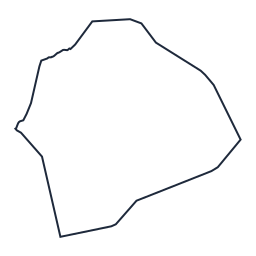 the Parish of Saint Thomas
{"feature_id": "BRB-1999", "entity_name": "Saint Thomas", "entity_type": "Parish", "adm_level": 1, "iso_a3": "BRB", "parent_name": "Barbados", "parent_adm1": "", "projection": "orthographic", "projection_center": [-59.606, 13.184], "detail": "fine", "context": "isolated", "style": "outline", "palette": "slate", "viewbox_px": 256, "rotation_deg": 0, "n_neighbors": 0, "source": "natural_earth", "source_scale": "10m", "svg_char_len": 729}
<svg xmlns="http://www.w3.org/2000/svg" viewBox="0 0 256 256"><path d="M130.1,19.2L141.4,23.4L155.9,42.6L200.7,70.7L205.1,74.8L213.7,85.0L240.6,139.6L217.8,167.2L211.4,171.1L136.5,200.7L115.8,224.3L111.3,226.3L60.4,236.8L42.0,156.6L21.0,132.7L16.9,130.4L15.4,128.7L16.3,128.0L16.9,126.3L18.1,123.3L18.9,122.1L20.0,121.3L23.3,120.3L26.6,113.9L31.0,103.1L39.4,66.4L41.3,60.6L47.2,58.5L48.6,57.4L49.2,57.3L49.9,57.3L51.1,57.3L51.6,56.9L52.2,56.9L52.9,56.6L54.1,55.9L57.5,52.9L58.0,52.9L58.5,52.7L59.5,52.2L60.0,51.9L62.2,50.5L62.9,50.0L63.6,49.9L64.8,49.9L65.6,50.0L66.1,50.0L67.1,50.2L67.6,50.0L68.4,49.4L69.1,48.7L69.4,48.5L70.0,48.7L70.5,49.0L75.2,44.5L92.3,21.4L130.1,19.2Z" fill="none" stroke="#1e293b" stroke-width="2"/></svg>